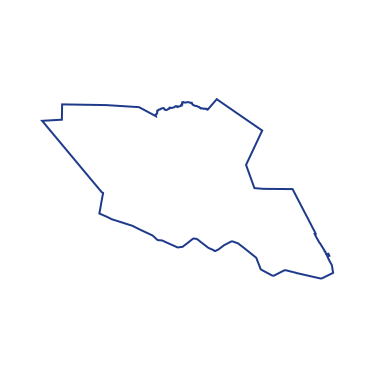 the district of Praxedis G. Guerrero, Chihuahua, Mexico, rotated 149°
{"feature_id": "50627088B15467303172714", "entity_name": "Praxedis G. Guerrero", "entity_type": "district", "adm_level": 2, "iso_a3": "MEX", "parent_name": "Mexico", "parent_adm1": "Chihuahua", "projection": "natural_earth1", "projection_center": [-105.952, 31.249], "detail": "fine", "context": "isolated", "style": "outline", "palette": "blue", "viewbox_px": 384, "rotation_deg": 149, "n_neighbors": 0, "source": "geoboundaries", "source_scale": "gbopen_adm2", "svg_char_len": 4549}
<svg xmlns="http://www.w3.org/2000/svg" viewBox="0 0 384 384"><g transform="rotate(149 192 192)"><path d="M282.5,221.3L278.1,215.1L276.5,212.7L275.0,210.2L260.3,193.5L259.7,192.5L258.6,190.7L255.8,186.3L248.3,175.2L247.9,174.1L247.5,172.8L246.8,170.3L246.5,169.1L245.8,168.2L244.4,167.1L243.8,166.7L242.9,166.2L242.5,165.7L242.0,165.0L239.7,161.6L238.7,160.3L238.3,159.6L234.9,154.8L232.9,151.9L232.5,151.7L228.9,150.1L228.2,149.9L227.8,149.9L227.3,150.0L224.3,150.3L220.2,150.8L217.3,151.2L215.7,151.4L215.2,151.4L214.5,151.3L212.3,149.5L211.8,148.7L210.7,146.0L210.7,145.8L206.8,135.9L206.4,135.2L204.2,132.1L203.6,131.4L203.2,130.2L202.9,129.7L202.3,129.4L199.6,129.2L199.0,129.1L191.8,129.9L191.0,129.8L184.6,129.4L183.7,129.3L182.9,128.9L182.4,128.4L180.1,125.6L178.8,124.0L178.6,123.2L176.8,118.8L171.0,103.1L170.8,102.2L171.1,100.9L172.6,92.0L172.9,90.8L172.5,89.5L166.3,79.1L165.7,78.6L164.8,78.1L154.2,77.4L152.9,77.2L151.9,76.6L144.4,69.1L144.3,68.7L143.5,68.1L133.0,58.0L128.5,53.7L126.3,51.6L125.2,51.1L124.2,51.0L122.0,50.8L112.7,50.0L112.2,51.2L112.1,51.6L111.4,53.3L110.7,54.9L109.9,57.0L109.8,57.6L109.7,58.6L109.7,59.2L109.7,60.1L109.6,62.1L109.6,62.8L109.1,67.2L108.6,66.9L107.8,66.8L107.1,66.6L106.9,68.8L107.2,68.9L107.7,69.0L108.0,69.1L108.3,69.1L108.6,69.2L109.0,69.3L109.0,69.6L109.0,70.0L108.8,71.0L108.6,71.1L108.5,71.9L108.4,72.3L108.9,72.7L108.6,74.2L108.6,75.0L108.6,75.9L108.7,81.2L108.6,81.4L108.6,81.8L108.7,82.2L108.9,82.9L108.9,83.4L108.8,85.8L108.8,87.2L108.8,88.7L108.5,92.1L108.4,92.6L108.4,92.8L107.5,92.5L107.4,93.7L107.2,95.4L107.1,97.2L107.1,97.9L107.1,98.1L106.8,102.4L106.7,104.1L106.4,108.5L106.2,111.5L105.9,117.2L104.3,142.7L129.0,157.8L136.5,163.2L131.7,187.4L100.2,208.5L121.4,255.2L123.0,258.8L136.2,254.5L136.6,254.8L136.5,255.4L136.5,255.6L136.7,255.9L136.8,256.0L137.1,256.0L137.4,256.1L137.6,256.3L137.8,256.5L137.9,256.8L138.1,256.9L138.3,257.0L138.7,257.0L139.0,257.3L139.4,257.5L139.7,258.1L140.0,258.4L140.2,258.5L140.5,258.7L140.8,258.7L141.0,258.7L141.2,258.8L141.4,259.1L141.4,259.4L141.4,259.7L141.5,260.0L142.0,260.3L142.1,260.5L142.1,261.1L142.3,261.4L142.6,261.6L142.8,261.9L143.1,262.3L143.3,262.7L143.5,263.0L144.0,263.4L144.2,263.6L144.3,263.8L144.9,264.2L145.1,264.4L145.2,264.5L145.4,264.7L145.9,265.6L145.9,265.8L146.1,265.9L146.2,266.2L146.3,266.3L146.3,266.5L146.5,267.2L146.3,267.8L146.2,268.1L146.2,268.4L146.2,268.6L146.3,268.7L146.5,268.8L146.7,268.7L146.9,268.6L147.0,268.6L147.2,269.0L147.3,269.3L147.7,269.6L147.9,269.9L148.1,270.0L148.3,270.3L148.5,270.6L148.9,270.9L149.4,271.3L150.2,271.5L150.9,271.9L151.4,272.0L151.8,272.1L152.0,272.3L152.4,272.7L152.6,272.8L152.7,273.0L153.0,273.5L153.4,273.6L153.7,273.6L153.9,273.7L154.1,273.9L154.4,273.6L154.5,273.5L154.6,273.3L154.6,273.2L154.8,273.2L155.0,273.1L155.2,272.9L155.1,272.7L155.1,272.4L155.3,272.3L155.5,272.5L155.7,272.4L155.6,272.1L155.6,271.9L155.8,271.9L156.1,271.9L156.3,272.0L156.6,272.1L156.8,271.8L156.8,271.6L157.0,271.7L157.1,271.8L157.3,271.7L157.5,271.6L157.8,271.7L158.0,271.6L158.7,271.9L159.3,272.2L159.5,272.3L160.0,272.2L160.5,272.2L160.8,272.3L160.8,272.5L160.8,273.0L160.7,273.2L160.8,273.3L161.0,273.4L161.3,273.4L161.4,273.5L161.6,273.7L161.6,273.9L161.8,274.0L162.0,274.0L162.3,273.9L162.7,273.9L163.1,273.9L163.6,273.9L164.1,273.9L164.4,274.0L164.8,274.1L165.2,274.2L165.6,274.3L166.1,274.6L167.0,275.0L167.4,275.2L167.5,275.2L167.4,275.5L167.5,275.8L167.9,275.9L168.1,275.6L168.3,275.3L168.6,275.2L168.9,275.1L169.3,275.2L169.8,275.4L170.4,275.3L171.0,275.4L171.6,275.4L172.1,275.6L172.3,275.9L172.4,276.2L172.9,276.5L173.0,276.8L172.9,277.2L173.0,277.4L173.1,277.6L173.1,277.8L173.1,278.0L173.0,278.3L173.2,278.6L174.3,279.1L174.6,279.2L175.0,279.3L175.4,279.4L175.6,279.3L175.9,279.3L176.2,279.3L176.4,279.2L176.6,279.2L176.8,279.3L177.3,279.5L177.7,279.6L178.0,279.7L178.5,279.4L179.0,279.5L179.3,279.7L179.5,279.6L179.8,279.5L180.0,279.5L180.1,279.4L180.1,279.0L180.3,278.9L180.7,278.5L180.9,278.0L181.1,277.8L181.3,277.7L181.4,277.4L181.7,277.2L181.8,277.2L182.0,277.2L182.2,277.3L182.7,277.2L183.1,277.1L183.4,277.1L183.6,277.0L183.8,276.9L183.9,276.7L184.0,276.4L184.0,276.1L183.9,276.0L183.8,275.8L183.7,275.6L183.8,275.4L193.7,292.0L221.4,311.1L222.1,311.5L258.2,334.0L266.3,321.0L283.8,330.2L270.6,245.4L269.6,239.4L269.5,238.4L268.7,237.0L269.2,236.4L269.6,235.9L271.6,233.7L273.6,231.4L273.8,231.2L275.2,229.6L275.5,229.3L276.0,228.7L277.9,226.5L278.0,226.4L278.9,225.3L279.4,224.8L280.0,224.1L281.3,222.6L282.5,221.3Z" fill="none" stroke="#1e3a8a" stroke-width="2"/></g></svg>